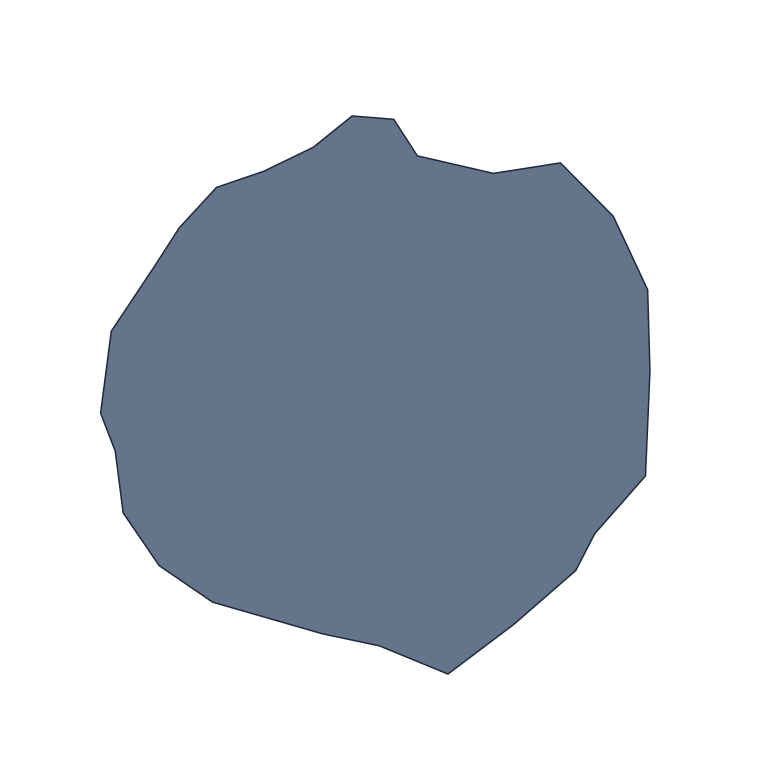 outline of Trimithi, Cyprus, rotated 286°
{"feature_id": "46923920B99382767312259", "entity_name": "Trimithi", "entity_type": "district", "adm_level": 2, "iso_a3": "CYP", "parent_name": "Cyprus", "parent_adm1": "", "projection": "orthographic", "projection_center": [33.257, 35.336], "detail": "fine", "context": "isolated", "style": "filled", "palette": "slate", "viewbox_px": 768, "rotation_deg": 286, "n_neighbors": 0, "source": "geoboundaries", "source_scale": "gbopen_adm2", "svg_char_len": 495}
<svg xmlns="http://www.w3.org/2000/svg" viewBox="0 0 768 768"><g transform="rotate(286 384 384)"><path d="M122.8,525.4L188.1,574.6L257.5,619.7L298.3,627.9L367.7,660.7L469.7,636.1L547.2,611.5L608.4,558.2L645.2,492.6L616.6,431.1L612.5,353.2L641.1,320.4L632.9,279.5L592.1,250.8L555.4,209.8L526.8,168.8L477.8,144.2L437.0,131.9L359.5,107.3L277.9,119.6L245.3,144.2L188.2,168.8L147.4,218.0L127.0,279.5L126.9,394.2L131.0,451.6L122.8,525.4Z" fill="#64748b" stroke="#1e293b" stroke-width="1.5"/></g></svg>